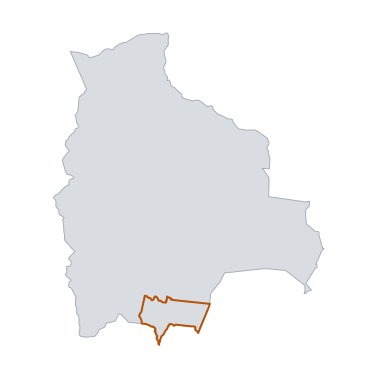 location of Tarija within Bolivia, rotated 6°
{"feature_id": "BOL-1941", "entity_name": "Tarija", "entity_type": "Department", "adm_level": 1, "iso_a3": "BOL", "parent_name": "Bolivia", "parent_adm1": "", "projection": "mercator", "projection_center": [-64.397, -21.882], "detail": "fine", "context": "in_parent", "style": "outline", "palette": "amber", "viewbox_px": 384, "rotation_deg": 6, "n_neighbors": 0, "source": "natural_earth", "source_scale": "10m", "svg_char_len": 6840}
<svg xmlns="http://www.w3.org/2000/svg" viewBox="0 0 384 384"><g transform="rotate(6 192 192)"><path d="M58.2,220.5L57.6,215.0L56.7,213.7L55.3,212.8L54.8,211.7L55.3,210.6L58.0,208.3L59.5,207.9L59.9,206.8L64.9,200.4L66.4,199.1L68.2,198.2L68.9,197.4L68.5,195.1L68.6,193.5L69.2,192.5L72.6,190.6L72.9,190.2L72.8,189.7L71.3,188.5L68.3,187.4L66.4,187.5L64.5,185.8L60.5,176.1L59.9,173.9L59.9,173.0L62.6,168.2L65.5,164.4L65.2,163.5L61.9,159.8L60.9,158.0L61.3,154.1L63.2,152.9L64.1,149.5L64.9,148.9L66.7,146.5L69.1,144.3L69.3,141.7L70.0,141.0L72.1,140.2L72.3,139.5L71.8,137.7L70.8,135.9L70.0,135.0L68.9,130.4L67.7,128.2L69.0,126.1L69.8,123.8L70.0,121.2L69.9,109.5L72.4,106.6L73.6,106.0L74.8,105.1L74.7,103.2L76.5,100.8L56.3,65.0L64.2,65.1L72.8,66.4L74.3,67.2L74.6,68.4L75.5,69.0L77.9,68.6L84.9,65.6L86.0,64.6L88.4,61.2L90.4,59.3L92.2,58.6L95.7,58.4L96.8,58.9L98.3,58.8L99.5,56.9L101.4,54.8L105.1,52.1L107.0,51.4L108.2,50.4L110.3,50.3L112.0,49.3L120.7,42.6L124.1,40.9L128.1,40.1L131.2,39.2L138.8,38.2L143.8,37.9L145.3,38.8L147.1,38.5L148.6,37.0L149.9,36.5L150.8,36.6L152.1,38.4L152.7,40.2L152.3,41.7L152.4,43.8L153.0,46.5L152.7,49.0L149.9,53.5L149.6,54.8L149.8,56.6L150.6,59.6L152.2,63.7L152.4,66.7L151.3,68.7L150.8,70.4L150.9,71.8L151.3,72.8L152.0,73.4L152.4,74.5L152.4,76.2L153.3,77.9L155.1,79.5L155.8,81.0L155.4,82.5L155.5,83.4L156.0,83.8L157.1,83.1L157.7,83.2L158.9,85.2L159.7,87.3L159.9,88.6L163.6,89.9L168.5,93.9L170.7,95.0L172.8,99.3L176.5,100.3L183.7,101.4L187.1,100.0L189.3,100.2L191.7,101.2L197.1,104.9L199.2,105.5L200.8,104.6L202.2,104.2L203.4,104.6L204.5,107.8L208.6,111.2L210.2,112.2L212.0,112.2L219.5,115.4L221.5,115.6L223.5,115.4L224.8,116.0L225.3,117.9L228.7,121.7L230.3,123.2L232.2,124.5L237.1,124.5L238.5,124.9L248.3,123.7L252.0,125.3L261.2,130.6L263.1,134.1L263.5,136.0L263.0,137.9L262.2,138.6L261.9,139.8L262.2,141.7L263.7,143.3L265.0,148.8L265.9,150.0L266.5,160.9L259.5,161.2L260.7,162.2L267.2,170.1L268.7,188.6L305.7,190.0L306.6,190.0L309.3,189.0L310.0,189.0L309.9,193.8L307.2,197.6L307.0,198.8L307.4,203.7L308.4,207.8L308.9,211.4L309.9,212.5L313.2,214.4L318.0,218.0L319.9,218.4L321.6,218.0L322.6,219.4L322.8,221.7L327.1,232.4L327.9,233.9L329.2,234.6L329.0,235.2L327.9,235.4L327.4,236.2L322.7,251.3L323.9,251.4L324.2,254.4L322.7,254.6L322.3,255.3L314.8,271.2L320.9,276.8L320.3,277.8L317.3,278.6L315.7,280.9L314.2,281.3L314.6,277.3L314.2,273.8L313.7,272.9L293.2,260.2L272.5,260.5L238.5,267.9L233.0,268.8L229.3,278.6L221.2,290.8L221.2,303.0L212.8,331.4L210.7,329.6L209.1,326.9L208.6,325.7L208.4,325.6L189.6,325.8L188.7,326.4L187.4,326.3L186.4,325.8L185.4,325.9L184.1,326.4L182.8,327.5L176.3,340.4L175.4,345.1L175.0,345.9L173.9,344.3L170.5,334.7L168.6,331.3L166.5,330.2L159.9,328.4L148.0,328.0L144.2,328.4L142.3,328.1L140.3,326.2L135.8,322.7L134.9,321.7L133.2,321.0L132.2,320.9L131.5,321.6L129.9,327.0L128.9,328.5L122.7,330.7L121.1,331.0L120.2,332.2L119.8,334.0L119.1,335.7L114.8,338.1L113.8,339.2L113.3,341.6L110.2,345.8L101.5,347.5L98.6,347.4L96.6,347.2L94.7,345.8L94.5,343.5L94.8,341.1L94.6,337.7L93.1,333.8L93.2,332.6L93.0,330.7L92.2,327.1L90.2,325.3L89.4,319.7L87.8,316.4L87.5,308.7L82.1,300.2L79.9,299.6L79.4,299.0L79.1,297.8L79.3,294.6L81.0,292.4L75.1,288.3L74.8,287.3L74.8,286.4L76.4,284.8L75.4,282.7L75.5,280.9L74.8,280.1L74.9,279.5L75.5,279.0L78.4,278.4L79.3,276.5L79.3,275.0L78.9,273.9L76.3,271.1L76.2,270.6L81.5,263.7L81.4,263.1L80.9,262.5L78.0,260.4L74.8,257.2L72.6,255.6L70.9,253.9L70.1,252.6L69.9,248.9L68.8,245.1L67.3,236.2L66.1,233.0L67.3,231.2L67.3,230.7L62.3,228.2L61.3,224.1L58.2,220.5Z" fill="#d9dde1" stroke="#a8b0b8" stroke-width="1"/><path d="M212.8,331.4L212.6,331.3L212.5,331.2L212.5,330.9L212.4,330.7L212.1,330.4L211.2,329.7L210.1,329.2L209.8,328.9L209.6,328.4L209.6,327.7L209.5,327.4L209.5,327.2L209.5,326.9L209.4,326.0L209.3,325.8L209.0,325.7L208.0,325.5L204.7,325.7L197.6,325.7L190.4,325.6L189.6,325.8L189.2,326.0L188.2,326.9L187.9,326.8L187.0,326.0L186.5,325.8L184.4,325.6L183.8,325.7L183.5,325.9L183.4,325.9L183.4,326.1L183.2,326.6L183.1,327.1L183.0,327.3L182.9,327.5L182.7,327.6L182.4,327.7L182.2,328.1L181.9,329.5L181.2,331.3L181.0,331.5L180.5,331.8L180.4,332.0L178.7,336.4L178.1,337.2L177.0,338.3L176.6,338.9L175.7,342.6L175.7,344.3L175.5,344.8L174.9,346.7L175.0,347.0L174.5,346.8L174.5,345.6L174.2,345.3L174.3,344.7L174.3,344.0L174.0,343.5L173.5,343.3L173.2,343.1L172.6,341.8L172.4,341.6L172.2,341.5L172.1,341.4L172.0,341.0L172.0,340.7L172.1,340.3L172.2,340.0L172.2,339.7L172.4,339.5L172.6,339.3L172.6,338.9L171.4,337.7L171.1,337.2L170.9,336.7L170.4,336.2L170.3,335.8L170.5,335.3L170.5,335.1L170.2,334.8L169.7,334.5L169.4,334.1L169.6,333.5L169.9,333.1L170.1,332.8L170.0,332.4L169.8,331.9L169.7,331.6L169.1,330.9L168.8,330.7L168.4,330.6L167.9,330.4L167.5,330.0L167.0,330.0L166.8,329.9L166.6,329.9L166.2,330.1L165.1,329.9L163.5,329.0L159.3,328.0L155.4,328.1L155.8,328.1L155.2,325.1L154.9,324.4L154.7,324.1L154.4,323.7L153.8,322.6L153.5,322.0L153.3,321.9L153.1,321.7L152.9,321.5L152.8,321.3L152.7,321.2L152.3,320.9L152.5,319.8L152.7,319.4L152.9,319.2L153.0,319.0L153.1,318.8L153.1,318.1L153.2,317.9L153.3,317.7L153.7,317.3L154.0,316.7L154.3,315.7L154.4,315.4L154.4,315.2L154.4,314.4L154.5,313.0L155.1,308.1L155.1,307.6L155.1,306.7L155.1,306.4L155.5,305.1L155.8,300.6L155.9,300.3L156.1,300.2L156.3,300.1L156.6,300.3L157.1,300.5L157.4,300.5L157.7,300.4L157.8,300.3L158.1,300.4L158.2,300.5L158.9,301.4L159.0,301.4L159.3,301.4L159.6,301.6L159.9,301.7L160.1,301.6L160.3,301.6L160.6,301.8L160.8,301.9L161.2,301.9L161.4,301.9L161.5,301.9L161.6,302.0L161.7,302.4L161.8,302.5L162.1,302.6L162.3,302.8L162.5,302.9L162.5,303.0L162.8,303.3L163.1,303.4L163.2,303.5L163.3,303.6L163.5,303.8L163.8,303.6L164.3,303.5L164.6,303.3L164.8,303.2L164.9,302.8L165.0,302.6L165.2,302.3L165.2,302.2L165.2,301.7L165.2,301.4L165.4,301.1L165.7,300.6L165.9,300.2L166.1,299.9L166.3,299.7L166.6,299.7L166.7,299.8L167.0,299.9L167.1,300.0L167.5,300.0L167.8,300.1L168.0,300.6L168.2,300.8L168.6,301.0L168.8,301.3L169.4,301.9L169.4,302.0L170.0,303.3L170.1,303.5L170.3,303.6L170.5,303.6L171.4,303.4L171.8,303.4L172.0,303.4L172.4,303.5L172.6,303.6L173.4,304.3L174.2,304.7L174.6,304.8L176.0,304.6L176.3,304.6L176.9,304.8L177.1,304.8L177.3,304.8L177.4,304.7L177.6,304.5L177.6,304.4L177.8,304.2L177.8,303.9L177.9,303.5L177.8,303.3L177.7,303.0L177.7,302.8L177.9,302.6L177.9,302.4L177.9,302.2L178.1,302.0L178.2,301.9L178.2,301.7L178.1,300.2L178.1,299.6L178.1,299.3L178.2,299.2L178.3,298.8L178.5,298.9L178.8,299.2L179.1,299.4L179.4,299.3L179.7,299.2L180.2,299.2L180.6,299.3L180.8,299.5L180.9,299.9L181.1,300.1L181.7,300.1L181.9,300.1L182.1,300.0L182.3,300.1L182.1,300.3L182.1,300.6L182.2,300.8L182.7,301.3L183.2,301.3L185.3,301.4L221.3,301.4L221.2,303.0L220.5,305.5L219.8,308.0L219.0,310.7L218.2,313.5L217.4,316.1L216.3,319.6L215.5,322.4L214.5,325.7L213.9,327.9L213.3,330.2L212.8,331.4Z" fill="none" stroke="#b45309" stroke-width="2"/></g></svg>